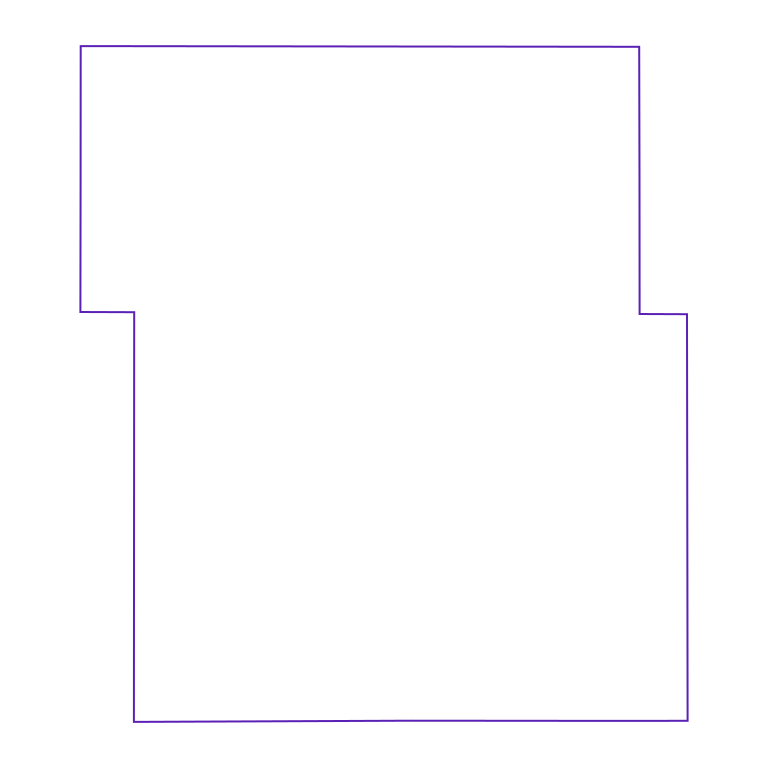 the district of Webster, Iowa, United States of America
{"feature_id": "52423323B53229348544328", "entity_name": "Webster", "entity_type": "district", "adm_level": 2, "iso_a3": "USA", "parent_name": "United States of America", "parent_adm1": "Iowa", "projection": "equal_earth", "projection_center": [-94.17, 42.427], "detail": "fine", "context": "isolated", "style": "outline", "palette": "violet", "viewbox_px": 768, "rotation_deg": 0, "n_neighbors": 0, "source": "geoboundaries", "source_scale": "gbopen_adm2", "svg_char_len": 278}
<svg xmlns="http://www.w3.org/2000/svg" viewBox="0 0 768 768"><path d="M410.6,720.7L630.3,720.9L687.6,720.8L687.0,314.2L639.6,314.0L639.5,180.8L639.2,46.8L80.7,46.1L80.6,179.7L80.4,312.0L134.2,312.2L133.9,721.9L410.6,720.7Z" fill="none" stroke="#5b21b6" stroke-width="2"/></svg>